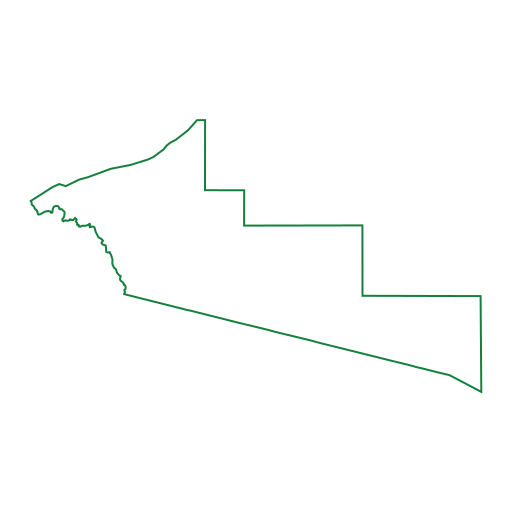 Gogebic, Michigan, United States of America (Equal Earth projection)
{"feature_id": "52423323B42798401183733", "entity_name": "Gogebic", "entity_type": "district", "adm_level": 2, "iso_a3": "USA", "parent_name": "United States of America", "parent_adm1": "Michigan", "projection": "equal_earth", "projection_center": [-90.104, 46.431], "detail": "fine", "context": "isolated", "style": "outline", "palette": "green", "viewbox_px": 512, "rotation_deg": 0, "n_neighbors": 0, "source": "geoboundaries", "source_scale": "gbopen_adm2", "svg_char_len": 2231}
<svg xmlns="http://www.w3.org/2000/svg" viewBox="0 0 512 512"><path d="M480.6,296.1L362.5,295.8L362.4,225.4L244.1,225.6L244.2,190.3L205.0,190.2L205.1,120.1L197.2,120.1L196.2,121.1L188.0,130.3L175.8,139.8L170.6,142.5L166.8,145.4L163.6,149.4L153.4,157.0L148.0,159.5L130.7,164.9L110.7,168.8L87.6,177.3L78.9,179.7L65.8,186.1L59.2,184.1L52.7,187.0L30.7,201.0L31.5,202.2L31.8,204.6L34.0,206.6L34.7,208.5L35.8,209.8L36.3,209.8L36.8,210.5L37.8,213.1L37.9,214.1L38.5,214.6L40.4,214.2L44.5,211.9L45.9,211.4L48.5,211.0L49.7,211.5L49.9,211.4L50.4,211.5L51.0,212.6L51.7,212.8L52.1,212.7L52.3,212.4L52.9,208.7L53.9,206.7L56.3,205.9L57.9,206.2L59.2,207.4L59.1,208.3L59.5,209.1L60.1,209.3L61.5,209.1L64.5,211.9L64.6,212.9L64.2,216.2L63.3,218.2L62.3,219.1L62.5,220.8L63.5,221.3L63.9,220.9L65.5,220.4L65.8,220.3L66.8,220.8L68.4,220.6L69.7,220.2L69.7,219.8L70.1,219.3L72.4,220.2L73.1,220.2L74.5,218.8L74.7,218.2L75.1,217.9L76.5,219.3L76.7,219.8L75.9,221.6L77.2,223.1L77.2,223.5L77.2,224.0L77.1,224.5L77.3,224.9L77.8,224.9L78.4,224.9L78.9,225.3L78.9,225.8L78.8,226.3L79.5,226.7L80.3,226.7L80.9,226.4L81.4,225.9L84.2,225.7L84.9,225.9L85.7,225.7L88.0,225.0L89.4,223.9L89.8,223.9L90.1,224.6L89.6,226.0L89.6,226.5L89.8,227.2L90.3,227.2L92.3,226.5L92.9,226.5L94.2,227.1L94.7,227.9L94.7,228.6L95.7,231.8L98.1,236.7L98.8,237.6L101.5,239.0L102.8,240.5L103.0,240.8L102.7,241.3L101.9,241.8L101.5,242.8L102.3,244.1L102.8,244.5L105.6,245.4L105.9,246.9L106.3,252.0L107.4,252.4L109.8,252.3L109.8,252.5L109.9,253.2L110.9,254.5L112.4,259.3L112.5,260.2L112.3,262.9L112.6,264.8L114.2,268.0L115.6,268.8L116.1,269.7L116.9,272.5L118.5,274.6L119.8,275.8L120.2,275.8L120.7,276.2L120.0,278.7L120.2,280.0L121.1,281.1L122.5,282.0L123.7,283.4L123.7,283.7L123.7,284.3L123.9,284.8L124.3,284.9L124.7,284.9L124.9,285.1L125.6,286.8L125.6,288.6L125.4,289.1L124.7,289.5L124.4,290.3L124.5,290.9L124.7,291.3L125.0,292.0L124.7,293.1L124.2,293.5L124.2,294.1L124.4,294.2L184.8,309.4L188.0,310.2L190.8,310.7L191.4,310.9L236.7,322.3L267.3,329.7L276.5,332.2L309.6,340.2L321.6,343.4L390.8,360.6L408.8,365.0L409.3,365.1L413.3,366.2L414.0,366.3L414.7,366.6L416.8,367.2L425.6,369.2L427.2,369.7L438.8,372.6L449.4,375.1L481.3,391.9L480.6,296.1Z" fill="none" stroke="#15803d" stroke-width="2"/></svg>